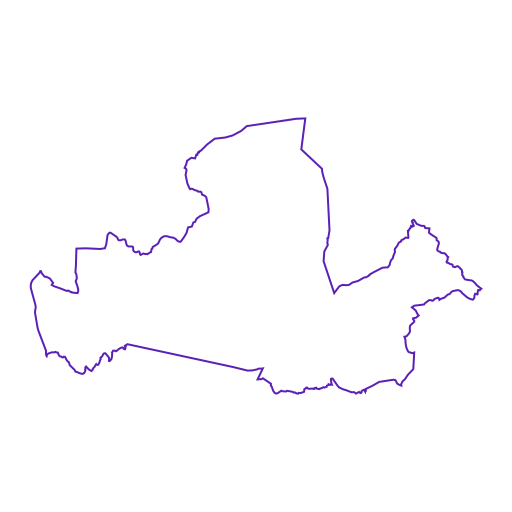 Quiroga, Michoacán, Mexico
{"feature_id": "50627088B77362230794456", "entity_name": "Quiroga", "entity_type": "district", "adm_level": 2, "iso_a3": "MEX", "parent_name": "Mexico", "parent_adm1": "Michoacán", "projection": "robinson", "projection_center": [-101.552, 19.708], "detail": "fine", "context": "isolated", "style": "outline", "palette": "violet", "viewbox_px": 512, "rotation_deg": 0, "n_neighbors": 0, "source": "geoboundaries", "source_scale": "gbopen_adm2", "svg_char_len": 6031}
<svg xmlns="http://www.w3.org/2000/svg" viewBox="0 0 512 512"><path d="M401.3,385.6L401.1,384.3L402.4,381.7L403.3,380.6L404.8,379.4L407.9,374.8L413.3,369.1L414.2,352.5L412.3,353.2L409.7,352.3L409.2,352.3L408.2,351.6L406.6,348.3L405.9,345.4L405.5,342.1L405.5,340.2L404.4,336.7L406.4,336.4L408.9,333.6L410.0,331.5L409.8,328.9L409.9,326.3L410.4,325.3L414.2,321.8L414.2,320.6L413.1,319.2L413.0,318.4L416.0,317.7L418.7,315.5L417.6,314.3L415.7,310.5L411.9,307.3L414.2,305.7L424.1,304.5L424.7,303.5L429.1,300.1L431.6,300.3L432.2,300.8L433.5,300.3L434.4,299.1L437.1,297.9L438.6,297.9L439.4,299.9L440.9,298.8L444.3,297.7L447.8,294.6L449.7,294.0L451.5,291.8L453.2,291.0L457.9,290.1L459.3,290.5L461.3,291.7L461.4,292.3L462.5,293.4L467.3,297.5L469.8,298.8L472.8,299.7L474.3,298.0L474.4,295.9L475.2,293.7L477.4,294.4L477.6,294.2L477.8,291.1L478.2,290.0L479.7,290.4L480.2,289.6L481.3,288.7L477.1,285.5L474.7,282.8L472.9,281.1L471.7,280.5L465.3,279.5L464.8,279.1L463.4,277.3L463.4,276.4L462.2,275.2L462.4,272.5L462.1,272.5L461.8,270.1L461.5,269.5L460.4,268.8L460.0,268.0L457.8,266.2L456.7,266.3L455.0,267.2L453.0,266.6L452.5,264.8L451.7,264.3L450.2,264.1L448.4,262.9L446.9,262.6L446.5,261.7L447.6,259.9L447.6,258.2L448.2,257.1L447.4,256.5L446.2,254.8L444.5,253.2L442.1,253.1L440.7,252.6L440.2,251.9L439.2,251.6L437.6,250.7L437.1,249.5L438.9,243.4L438.7,242.1L438.5,241.6L436.6,240.1L436.6,238.2L436.2,237.7L432.0,235.0L429.1,232.9L429.0,231.7L429.5,228.4L425.5,228.1L425.0,227.8L424.9,226.9L424.0,225.9L421.4,225.9L416.7,223.9L414.1,220.0L413.3,219.8L412.1,220.7L411.9,221.6L412.8,222.4L412.5,222.9L413.8,225.8L411.9,226.8L412.1,225.9L411.1,225.8L410.5,227.8L409.7,228.5L409.6,229.0L409.2,229.4L408.5,230.9L407.9,230.9L408.4,237.3L408.2,237.9L405.6,237.6L403.3,239.4L401.8,239.9L401.2,240.5L401.2,241.3L398.8,242.7L397.0,246.2L395.0,248.7L394.7,249.6L395.0,252.0L393.2,256.3L393.1,257.5L392.7,258.4L391.0,260.3L390.0,263.0L389.7,264.8L387.9,267.3L382.5,267.7L373.5,272.3L369.4,274.7L369.4,275.3L366.3,277.2L364.1,277.5L358.0,281.0L352.5,282.5L349.1,284.8L348.2,285.1L345.3,285.1L342.5,284.9L339.9,286.0L339.0,286.7L334.2,293.1L323.6,261.2L324.3,251.5L327.7,245.2L327.8,244.3L327.3,243.3L327.7,239.8L327.3,238.4L328.2,238.1L329.5,230.5L327.4,188.8L323.6,177.3L322.2,171.7L322.0,168.8L301.3,149.4L305.3,118.4L295.9,118.8L246.8,126.1L241.2,130.9L232.5,135.5L225.3,137.5L214.7,138.7L207.2,144.4L201.0,150.6L198.7,151.7L199.0,152.5L197.8,152.9L197.3,154.9L196.3,154.7L195.1,158.4L191.4,157.8L187.1,160.7L186.3,164.1L184.6,167.9L185.6,168.4L186.3,169.1L186.5,171.0L186.0,172.6L185.6,175.0L187.3,183.2L189.2,187.8L190.1,189.2L191.3,188.7L192.4,188.9L194.9,190.2L197.0,190.7L198.3,191.7L200.4,191.6L201.4,192.3L202.1,194.7L203.9,195.3L205.7,196.5L206.3,197.3L208.7,209.2L208.4,212.3L199.9,216.2L196.5,218.8L195.1,221.9L193.4,222.4L191.8,226.6L188.1,227.4L186.5,233.0L183.7,237.6L180.6,241.8L179.0,241.6L177.4,240.8L175.6,238.9L173.4,237.7L170.5,237.3L167.0,236.2L164.4,236.2L162.8,236.9L161.0,238.2L159.9,239.7L158.3,243.2L157.3,244.2L152.7,247.0L152.4,248.5L151.6,249.0L151.0,252.1L149.9,252.5L147.4,254.2L146.6,253.9L145.4,254.1L143.3,253.5L140.7,254.9L140.2,254.6L139.5,252.1L138.8,251.3L137.1,252.1L135.9,252.3L134.8,252.0L133.9,251.3L133.2,250.2L133.1,247.3L132.7,246.7L132.0,246.5L128.3,246.4L127.0,245.5L126.5,244.5L125.5,240.4L124.9,239.5L123.1,239.4L120.2,240.4L118.6,240.1L118.0,239.4L117.4,237.8L116.5,236.8L110.7,232.8L109.5,232.7L108.1,234.2L107.5,235.3L106.3,244.1L104.9,248.3L102.2,248.6L100.7,249.0L85.6,248.3L76.4,248.6L75.9,265.9L75.4,272.3L76.2,273.9L76.6,276.0L76.8,278.4L75.7,281.4L77.3,285.9L78.2,289.2L78.2,291.5L77.5,293.1L72.6,292.6L71.6,292.1L71.2,292.3L68.2,290.5L66.9,291.0L60.3,288.4L53.9,286.2L51.7,284.9L53.1,282.9L49.9,278.5L46.4,276.8L45.4,276.9L44.4,276.5L41.6,273.1L41.3,271.8L40.6,271.0L40.5,270.3L40.2,271.4L39.4,272.9L32.5,280.2L31.4,282.4L30.9,284.2L30.7,286.4L30.9,288.4L35.6,305.7L35.7,307.5L35.1,311.0L35.0,312.7L37.6,327.9L38.4,330.7L45.9,350.4L46.1,351.8L45.9,354.1L46.5,355.8L46.7,356.1L47.0,355.0L46.9,354.6L48.7,353.4L51.9,352.3L53.8,352.4L55.6,351.9L56.1,352.4L57.9,352.6L58.6,354.6L59.3,355.8L60.0,356.4L61.2,356.6L62.4,357.4L63.1,357.4L63.6,356.7L65.0,356.8L66.7,360.1L67.7,361.4L68.6,361.9L69.3,363.5L69.7,365.1L74.4,369.7L75.0,370.6L75.5,371.7L77.2,372.0L78.4,372.7L81.0,373.6L82.4,373.9L83.3,373.6L83.6,373.2L84.1,373.1L85.3,370.9L85.4,369.9L85.1,369.6L85.4,368.7L85.3,367.5L86.1,366.5L88.9,369.5L91.3,371.0L92.2,370.4L92.7,369.7L92.6,369.4L93.3,368.1L94.3,367.2L96.1,364.3L96.3,364.7L98.2,364.8L99.4,362.7L99.8,360.9L100.7,359.1L100.4,357.8L102.1,356.4L103.6,353.6L105.1,353.2L105.6,353.5L108.7,357.3L109.2,358.6L108.9,360.9L109.7,361.1L111.4,359.1L112.0,356.7L112.2,353.0L112.0,352.4L112.9,351.4L113.1,350.7L114.8,350.6L115.6,351.2L116.3,351.2L117.8,349.8L119.8,348.4L122.1,347.4L123.1,347.7L123.4,348.0L123.6,348.8L124.9,349.3L125.5,348.2L125.4,347.2L125.1,346.6L126.1,345.8L126.0,345.5L125.6,345.4L127.4,344.2L233.4,367.1L247.6,370.6L252.5,370.4L257.0,369.4L258.8,368.6L261.6,368.6L262.8,368.4L257.6,379.4L261.6,379.1L262.9,378.3L271.0,383.8L270.8,385.5L271.7,386.6L273.3,391.0L274.6,392.8L275.9,393.6L277.8,393.1L281.3,390.7L282.0,391.2L285.9,391.5L287.1,390.8L292.5,391.8L293.2,392.1L293.6,392.6L294.7,392.4L296.0,393.0L296.3,393.4L298.3,393.6L298.8,392.9L300.8,393.0L304.1,391.8L304.3,389.2L304.6,388.9L305.6,388.6L306.3,387.6L307.1,387.6L307.4,388.3L308.9,388.8L312.2,388.6L314.0,389.0L314.4,388.9L314.5,388.1L316.2,387.7L316.9,388.7L319.6,389.1L320.1,388.5L321.8,388.1L323.4,387.2L324.3,387.6L326.6,386.8L326.9,385.7L328.7,384.9L328.7,384.3L330.2,384.9L330.8,384.3L331.9,384.6L331.5,383.6L330.9,379.8L331.1,378.7L332.6,378.6L337.7,385.9L339.2,387.5L343.6,389.5L345.9,390.1L351.3,392.2L354.3,392.2L356.0,393.6L358.9,392.0L359.0,392.3L359.7,392.7L360.8,393.1L361.5,392.5L361.4,391.5L361.8,390.9L364.1,389.7L365.2,391.7L365.4,390.8L365.8,390.8L365.9,388.9L372.0,386.0L379.2,381.9L393.6,379.7L395.5,380.2L397.1,383.5L399.0,384.7L401.3,385.6Z" fill="none" stroke="#5b21b6" stroke-width="2"/></svg>